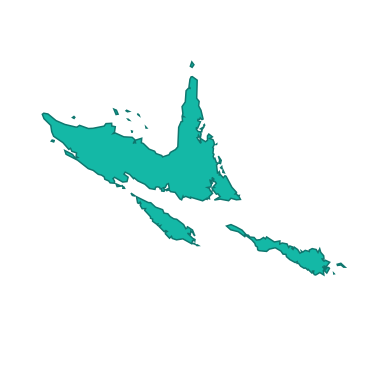 Masbate, Masbate, Philippines, rotated 153°
{"feature_id": "2640588B67488359993346", "entity_name": "Masbate", "entity_type": "district", "adm_level": 2, "iso_a3": "PHL", "parent_name": "Philippines", "parent_adm1": "Masbate", "projection": "robinson", "projection_center": [123.452, 12.45], "detail": "fine", "context": "isolated", "style": "filled", "palette": "teal", "viewbox_px": 384, "rotation_deg": 153, "n_neighbors": 0, "source": "geoboundaries", "source_scale": "gbopen_adm2", "svg_char_len": 6106}
<svg xmlns="http://www.w3.org/2000/svg" viewBox="0 0 384 384"><g transform="rotate(153 192 192)"><path d="M152.2,163.4L152.2,166.7L151.4,167.5L153.0,168.1L153.2,170.1L154.4,170.7L152.5,171.5L154.3,178.1L154.5,190.6L155.2,191.5L157.7,190.5L159.0,195.5L160.6,194.4L158.7,196.1L158.4,197.8L160.0,197.1L160.7,197.3L157.9,204.9L155.8,205.7L156.9,207.4L156.3,211.7L157.2,211.7L157.1,214.0L155.3,215.7L155.7,217.1L153.0,221.3L153.4,222.2L150.6,224.1L149.8,226.4L149.6,229.1L151.9,231.6L148.8,231.9L150.7,236.0L152.8,234.9L154.7,231.1L157.1,230.7L160.4,236.3L161.6,231.9L162.2,231.9L162.5,233.6L161.7,234.3L162.7,235.0L162.8,238.1L161.7,237.9L160.5,239.6L160.2,236.5L159.9,236.5L157.6,239.5L157.3,241.9L159.1,243.1L159.6,246.2L158.9,247.2L158.0,246.3L152.6,250.8L154.5,252.9L153.7,254.0L152.1,253.3L151.0,254.3L150.3,252.0L149.0,252.0L146.9,260.8L147.0,265.7L144.5,269.5L145.3,273.3L136.6,289.3L139.3,294.6L140.5,295.0L142.6,293.4L146.8,287.3L146.5,285.5L146.7,285.2L147.8,286.2L151.3,284.9L157.1,275.3L162.1,272.6L164.6,265.9L166.0,264.4L165.1,262.8L166.6,263.6L168.4,259.2L169.8,259.6L174.5,255.7L184.1,238.7L187.5,237.3L193.3,237.1L195.5,235.6L202.3,236.6L202.4,238.2L206.6,242.6L206.8,245.3L210.7,249.6L213.3,257.2L214.8,258.9L212.4,262.7L219.2,263.9L220.0,261.4L221.4,262.4L222.5,261.8L219.1,264.3L220.5,267.9L227.7,272.1L233.5,279.3L235.7,279.9L233.9,280.5L230.7,285.0L233.5,287.2L232.4,289.7L237.6,292.0L240.4,290.6L251.3,293.7L255.5,295.6L261.9,302.4L265.0,302.0L266.4,302.9L274.6,309.9L280.7,317.3L284.9,326.9L288.3,329.5L290.1,329.2L290.6,324.5L287.6,315.5L289.6,309.4L290.0,304.5L284.6,294.6L282.4,285.9L280.4,286.1L280.6,282.8L277.1,279.2L279.1,276.4L278.1,274.6L280.6,275.3L281.4,279.7L286.5,286.7L287.1,282.8L279.5,272.3L273.8,259.9L270.2,256.1L267.5,250.3L265.0,248.2L263.4,245.3L263.9,242.9L261.2,239.7L260.8,237.3L257.2,235.1L256.1,236.8L256.3,239.8L254.3,240.2L249.2,232.3L245.2,230.8L242.2,234.2L244.5,238.8L242.5,240.0L239.5,235.9L238.0,230.4L237.0,230.7L235.2,226.4L230.4,220.3L228.2,214.4L223.8,211.1L222.3,212.7L220.5,212.4L218.8,210.9L218.9,209.1L217.6,208.8L218.6,206.7L216.7,205.3L214.7,206.1L215.8,208.0L215.7,208.8L213.6,208.3L211.0,210.3L209.2,210.2L210.5,205.8L213.7,205.8L213.9,204.7L211.3,204.1L211.0,202.1L207.2,199.3L206.0,191.4L204.8,189.7L201.9,192.3L202.0,191.1L199.5,190.9L196.1,187.1L195.6,188.0L186.5,179.3L182.8,179.5L181.9,178.6L181.2,179.6L179.5,178.0L178.8,180.1L174.3,181.5L174.7,182.9L173.8,183.7L175.1,184.3L175.0,187.4L176.3,189.1L172.9,188.0L170.5,190.8L171.3,191.4L170.6,194.3L168.1,192.4L168.3,193.7L167.7,195.3L167.4,195.4L166.6,193.9L167.9,191.4L166.6,190.5L166.4,188.7L170.6,187.1L170.0,185.8L172.2,186.5L172.6,185.6L171.3,179.0L169.8,178.8L169.0,175.1L175.7,174.7L170.2,172.9L163.3,167.6L160.1,168.7L156.0,164.9L152.2,163.4ZM112.2,58.2L110.7,62.3L108.9,63.2L109.8,66.3L107.8,64.0L107.6,65.8L106.3,64.6L101.2,66.9L104.1,70.6L105.7,70.4L106.5,72.3L106.4,73.3L104.8,72.4L103.6,75.4L104.7,79.8L104.0,83.4L107.2,80.9L107.5,84.4L110.6,87.0L113.8,87.0L114.5,85.7L117.6,88.6L120.6,88.2L121.4,89.9L121.7,88.5L123.6,88.4L124.0,92.8L125.9,96.4L128.1,94.9L128.6,96.3L127.3,97.3L129.3,99.5L131.0,98.7L130.9,102.6L134.8,105.6L137.4,105.8L135.9,108.5L141.3,110.1L145.9,118.1L147.9,116.9L148.9,119.0L152.9,118.6L156.4,119.9L157.3,123.3L161.0,125.7L161.3,127.8L163.1,129.3L164.7,135.3L168.4,140.7L172.1,145.3L176.7,146.0L174.7,140.8L168.8,135.6L164.9,127.6L165.5,129.6L164.2,129.9L160.5,122.3L159.3,117.8L159.8,115.2L158.7,113.3L159.7,110.7L158.9,109.3L152.5,105.2L149.1,106.0L143.1,104.5L139.6,99.0L139.1,95.3L136.6,93.8L137.2,91.5L135.5,87.3L132.1,82.3L129.9,82.2L130.8,80.7L129.5,80.1L128.9,76.6L126.8,73.2L125.4,72.8L124.3,70.0L123.6,70.3L122.0,65.4L120.8,65.2L120.5,66.8L119.4,66.3L120.7,64.7L120.5,62.8L119.4,61.9L114.7,62.2L112.2,58.2ZM215.8,146.1L213.7,148.3L212.3,147.8L212.0,149.1L214.7,157.4L212.6,155.2L210.8,157.7L209.2,153.6L208.8,157.9L212.1,163.6L211.9,162.4L214.2,162.1L214.3,166.8L218.0,174.6L220.5,176.5L222.6,180.0L223.4,183.6L226.5,185.9L226.2,189.6L231.4,195.1L233.6,201.2L235.8,202.5L243.6,213.0L245.4,207.0L244.4,205.8L242.8,206.6L242.7,205.1L244.2,203.5L244.0,199.7L240.9,198.3L242.5,197.1L240.2,188.9L240.9,187.4L239.4,185.7L240.4,183.9L238.1,179.3L236.9,179.0L237.8,178.2L237.2,176.8L235.2,176.4L236.8,175.5L234.8,169.3L232.8,169.5L232.0,168.1L233.9,168.1L234.7,166.9L233.0,161.0L230.4,161.8L230.7,159.6L227.5,156.4L221.4,154.4L215.8,146.1ZM222.5,294.9L222.2,299.2L224.0,301.3L224.5,295.5L222.5,294.9ZM135.3,303.0L132.5,304.5L133.1,308.0L136.4,304.8L135.3,303.0ZM108.7,58.6L104.2,61.5L104.4,62.6L106.3,63.9L106.9,62.6L108.6,62.6L109.5,61.1L108.7,58.6ZM89.7,55.5L91.7,60.9L95.5,61.7L95.7,60.5L92.3,59.3L91.1,56.3L89.7,55.5ZM153.7,204.4L151.6,206.9L152.2,212.1L152.9,207.8L154.9,205.5L153.7,204.4ZM256.3,230.8L252.5,229.5L256.0,233.7L256.3,230.8ZM156.4,240.7L154.6,243.1L151.4,244.8L155.7,244.4L154.9,243.6L156.4,240.7ZM294.3,301.2L292.5,299.4L292.0,299.8L291.8,300.1L291.5,300.2L291.4,300.4L293.0,301.8L294.3,301.2ZM246.7,216.0L244.3,214.0L246.9,218.7L246.7,216.0ZM263.7,311.1L262.5,311.7L262.9,312.9L264.7,312.6L263.7,311.1ZM212.7,143.2L213.2,145.1L215.1,146.0L213.2,144.5L212.7,143.2ZM155.6,195.5L154.5,194.5L154.4,197.5L155.6,195.5ZM211.4,292.3L213.1,294.5L213.9,294.3L213.1,292.8L211.4,292.3ZM250.4,225.9L250.4,227.3L250.9,227.9L251.9,226.7L250.4,225.9ZM169.9,190.9L169.5,192.3L170.0,192.9L170.7,191.7L169.9,190.9ZM205.0,286.6L205.1,285.6L204.3,283.9L204.2,284.6L205.0,286.6ZM203.9,269.8L203.2,269.5L203.6,270.9L203.9,269.8ZM210.6,141.4L211.2,142.4L212.1,142.9L211.9,142.0L210.6,141.4ZM155.0,199.6L154.2,200.3L153.9,201.2L155.5,200.6L155.0,199.6ZM151.2,245.3L150.5,245.6L150.3,246.5L151.2,246.3L151.2,245.3ZM209.4,151.6L209.2,152.6L209.8,153.7L209.9,153.3L209.4,151.6ZM218.1,273.8L218.6,272.0L217.5,273.2L218.1,273.8ZM211.6,147.3L210.9,148.3L211.4,149.0L211.6,148.5L211.6,147.3ZM149.8,223.4L148.4,223.3L148.2,223.6L149.8,223.4ZM215.3,284.5L215.7,285.7L216.1,286.0L215.9,285.0L215.3,284.5ZM251.5,228.9L251.2,229.2L251.7,230.0L251.5,228.9ZM102.8,54.6L102.4,54.5L102.6,55.2L102.8,54.6Z" fill="#14b8a6" stroke="#0f766e" stroke-width="1.5"/></g></svg>